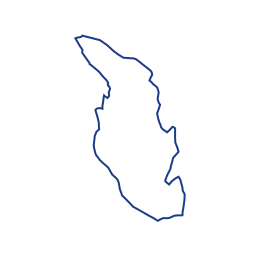 Sumail, Dihok, Iraq (Robinson projection), rotated 217°
{"feature_id": "34846034B96469488868689", "entity_name": "Sumail", "entity_type": "district", "adm_level": 2, "iso_a3": "IRQ", "parent_name": "Iraq", "parent_adm1": "Dihok", "projection": "robinson", "projection_center": [42.773, 36.911], "detail": "fine", "context": "isolated", "style": "outline", "palette": "blue", "viewbox_px": 256, "rotation_deg": 217, "n_neighbors": 0, "source": "geoboundaries", "source_scale": "gbopen_adm2", "svg_char_len": 2258}
<svg xmlns="http://www.w3.org/2000/svg" viewBox="0 0 256 256"><g transform="rotate(217 128 128)"><path d="M224.0,168.0L220.3,166.4L215.5,164.4L213.3,163.7L211.4,163.0L210.6,161.7L209.9,160.6L208.5,160.1L201.6,157.9L197.9,156.7L197.1,156.0L196.6,156.0L195.3,156.0L194.8,156.0L185.2,155.5L178.6,154.0L173.8,153.2L172.3,152.6L170.9,152.1L170.6,151.1L170.0,150.4L169.5,149.9L169.0,149.9L168.6,149.9L168.1,149.9L166.9,149.1L166.1,148.7L165.7,147.9L165.5,147.3L165.2,146.2L164.7,144.7L163.8,144.0L162.4,142.1L162.4,139.7L164.9,139.4L165.1,139.4L165.4,139.4L166.1,139.5L166.7,139.6L165.7,137.5L163.7,134.1L161.7,130.2L160.0,128.0L162.0,127.2L163.3,126.3L164.0,125.5L164.8,124.1L164.7,122.6L158.2,117.8L156.4,116.3L154.1,114.2L152.4,112.0L150.3,109.7L150.9,105.9L150.3,103.7L149.7,101.5L148.2,99.1L145.8,94.9L144.5,93.0L144.3,92.8L141.3,90.1L138.2,87.7L137.1,87.2L131.2,85.5L127.4,85.0L122.3,84.7L120.1,84.5L116.7,83.1L112.6,81.3L107.7,80.9L105.0,80.3L102.3,78.6L97.8,74.3L93.8,71.8L92.2,70.6L88.4,70.1L83.5,69.4L77.9,68.5L76.6,68.2L69.4,69.2L58.3,70.6L53.4,71.4L50.9,71.6L48.2,71.9L47.5,73.8L45.9,76.9L44.8,77.9L42.8,79.2L40.7,81.3L40.0,82.5L38.5,85.5L37.1,86.9L35.2,88.6L33.5,89.8L32.0,91.1L33.8,93.7L35.4,96.9L36.8,99.5L39.8,104.8L43.0,109.3L46.5,110.8L48.8,113.3L55.1,118.2L58.3,119.5L59.6,116.8L61.0,111.8L61.2,107.6L65.9,107.8L66.6,108.4L68.0,112.7L68.4,114.6L68.9,117.4L69.5,120.8L70.7,123.2L72.6,128.1L74.0,131.3L73.3,139.4L76.9,142.1L81.5,144.9L85.2,149.4L86.6,151.3L86.9,151.7L87.8,152.8L89.9,155.8L90.7,156.2L90.8,156.2L91.2,156.2L92.2,156.0L93.3,155.6L93.3,154.1L93.6,151.1L94.2,148.1L99.1,147.9L99.5,147.9L101.1,148.3L102.0,148.5L104.4,150.3L106.0,151.1L108.9,153.2L113.5,157.1L114.9,161.7L115.0,162.0L116.3,165.8L116.6,166.0L118.4,166.5L119.8,167.5L121.4,168.6L122.3,169.9L124.9,174.8L126.9,176.5L129.4,178.0L132.9,178.2L133.4,178.2L134.0,178.2L134.5,178.2L137.0,178.8L137.5,178.8L139.0,178.8L139.4,178.8L140.2,181.8L140.7,185.0L142.5,186.7L144.6,187.4L152.9,187.6L153.4,187.6L162.3,187.8L162.8,187.8L165.3,187.0L173.9,181.4L180.1,180.8L180.6,180.8L185.3,180.8L185.8,180.8L194.2,181.6L194.3,181.6L194.7,181.6L201.2,181.4L203.5,181.2L217.8,175.2L219.9,174.4L220.5,172.2L223.3,169.2L224.0,168.0Z" fill="none" stroke="#1e3a8a" stroke-width="2"/></g></svg>